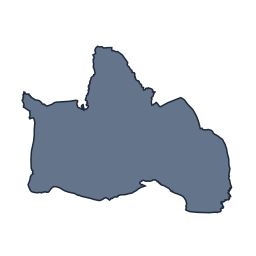 outline of Bang Krathum, Phitsanulok, Thailand, rotated 4°
{"feature_id": "78962969B64278922015209", "entity_name": "Bang Krathum", "entity_type": "district", "adm_level": 2, "iso_a3": "THA", "parent_name": "Thailand", "parent_adm1": "Phitsanulok", "projection": "orthographic", "projection_center": [100.362, 16.614], "detail": "fine", "context": "isolated", "style": "filled", "palette": "slate", "viewbox_px": 256, "rotation_deg": 4, "n_neighbors": 0, "source": "geoboundaries", "source_scale": "gbopen_adm2", "svg_char_len": 5820}
<svg xmlns="http://www.w3.org/2000/svg" viewBox="0 0 256 256"><g transform="rotate(4 128 128)"><path d="M235.4,179.7L234.0,176.8L232.9,172.4L232.0,171.6L232.1,170.3L232.5,168.9L231.8,168.6L232.5,161.6L231.3,158.0L230.6,151.6L228.8,146.2L227.6,141.3L226.9,140.1L226.3,138.4L225.2,136.1L224.5,135.4L223.8,133.9L222.9,132.8L218.0,129.6L213.8,127.6L212.7,125.8L211.4,124.6L208.3,123.9L205.2,124.5L203.7,124.5L202.7,124.2L201.9,123.4L201.8,123.1L200.1,123.6L199.6,121.9L198.0,117.0L195.8,112.1L194.3,109.5L191.5,105.3L189.9,103.8L186.5,100.8L182.4,96.2L180.6,95.0L178.5,94.0L166.0,100.0L158.8,104.6L157.3,103.7L156.5,102.5L154.6,100.6L153.9,100.7L153.6,101.4L152.9,102.0L152.1,102.4L151.4,103.3L150.2,103.5L149.9,102.1L149.5,101.4L149.5,98.9L149.9,97.4L149.1,96.1L150.6,94.9L151.4,91.9L152.4,90.2L151.4,90.1L150.7,90.4L150.5,90.2L150.0,90.3L150.0,89.9L150.2,89.6L150.3,89.2L149.7,88.2L149.2,87.6L148.8,87.4L148.3,87.3L147.5,87.0L146.3,86.9L145.8,86.5L145.2,86.6L144.7,87.3L143.8,87.0L142.8,87.4L142.8,88.1L142.4,88.6L141.0,89.1L140.8,88.1L140.4,87.7L140.6,87.1L140.6,86.5L140.1,86.3L139.7,86.5L138.8,86.2L138.6,85.7L138.6,84.7L138.5,84.0L137.9,83.5L137.3,83.5L137.1,82.9L136.3,82.3L135.9,81.4L135.9,80.9L135.4,80.8L135.1,80.2L133.8,80.1L132.6,79.2L132.2,78.7L132.0,77.4L131.1,76.8L131.5,76.0L130.8,75.0L131.1,73.7L131.0,73.3L130.3,72.4L129.8,72.3L129.4,72.5L128.9,72.3L128.2,72.3L128.0,71.7L128.2,71.2L127.7,70.1L126.9,69.9L126.5,69.3L125.8,68.6L124.9,67.1L123.1,65.6L122.7,64.3L123.1,63.4L123.1,62.7L117.9,56.4L116.9,55.3L112.5,52.6L111.9,52.5L111.4,52.8L110.9,52.8L107.8,51.7L107.5,51.7L106.9,52.1L106.7,52.1L106.2,50.3L106.2,48.9L102.6,49.2L98.1,49.9L96.4,48.7L94.0,49.1L91.8,48.7L90.2,50.6L89.9,51.3L89.6,52.4L89.6,53.2L90.5,55.5L90.5,56.0L87.9,57.6L89.2,59.7L89.2,61.0L88.5,61.7L88.8,64.9L89.2,66.0L89.3,66.9L89.1,69.6L89.4,70.4L90.4,72.0L90.4,72.6L91.2,75.0L91.2,76.3L90.9,77.0L90.1,77.2L90.1,78.1L89.8,78.6L89.4,78.7L88.9,79.3L87.8,80.2L87.4,82.9L87.0,83.4L86.8,84.4L86.7,85.5L87.1,85.7L87.0,86.4L86.3,87.6L85.9,88.0L86.2,88.3L86.2,88.7L85.5,89.3L85.8,90.2L86.1,90.4L86.1,91.1L86.5,91.2L86.6,91.4L86.5,92.1L85.8,92.7L85.6,93.3L86.0,93.6L86.2,93.9L85.9,95.5L85.4,96.4L85.7,97.3L84.3,98.3L84.4,99.7L83.5,102.4L83.8,103.4L84.9,103.6L85.3,103.9L85.3,105.5L86.0,106.2L85.9,106.5L84.8,107.3L84.9,108.1L85.4,108.6L86.6,108.3L87.0,109.0L87.0,109.6L86.5,110.5L85.4,112.0L84.2,112.1L83.1,113.3L82.8,113.4L82.6,113.3L82.5,112.9L82.6,111.3L81.9,109.5L81.8,108.1L81.6,107.8L80.4,108.6L80.0,109.6L80.3,110.3L81.2,111.3L81.7,111.6L81.7,112.2L81.4,112.5L80.4,112.4L78.2,111.3L76.9,111.1L76.1,110.0L76.0,109.3L75.4,108.4L75.3,107.7L75.2,107.0L76.0,104.8L75.5,104.2L74.8,104.0L73.4,104.1L68.0,105.4L54.7,107.2L52.6,107.9L50.5,109.7L45.9,111.7L45.3,111.7L43.7,110.8L43.1,110.1L42.1,110.3L41.7,110.0L41.3,110.1L40.6,109.8L40.1,108.8L37.4,106.8L33.1,106.3L32.9,106.0L30.1,104.6L29.4,103.8L28.7,103.8L28.2,102.6L26.8,101.9L26.8,101.1L23.1,101.2L22.7,99.6L21.7,99.3L21.7,100.1L21.4,101.2L21.5,102.0L21.0,102.2L21.6,104.6L21.1,104.8L21.3,106.7L20.6,107.3L20.6,108.1L21.9,110.1L22.4,111.4L22.7,112.9L22.1,113.3L22.4,114.6L23.6,115.0L28.2,117.8L28.9,117.9L29.1,120.7L29.6,122.2L28.8,124.1L29.1,125.4L29.5,125.7L31.3,124.7L32.9,124.6L33.6,125.6L34.8,129.2L34.7,129.6L34.6,136.3L35.0,141.8L34.9,144.7L34.7,148.2L33.4,157.2L33.3,158.9L33.4,166.2L34.2,174.4L34.9,176.6L35.1,176.7L35.7,176.8L36.0,177.5L35.9,179.5L36.2,180.1L36.5,180.3L35.0,181.6L34.5,182.4L34.6,182.6L34.1,183.3L33.7,186.7L33.3,188.5L32.3,191.3L32.8,193.0L34.7,196.6L35.5,197.6L36.4,198.2L38.2,198.7L41.5,199.0L43.0,198.8L44.1,198.4L46.6,198.7L47.3,198.0L48.5,197.9L49.8,197.3L51.2,197.8L52.5,197.6L53.1,197.4L53.8,196.7L55.1,194.5L56.7,192.5L58.4,191.6L60.3,191.6L61.2,191.7L64.1,192.5L68.8,194.9L70.8,195.5L73.5,196.2L79.2,197.0L81.5,198.1L83.3,198.7L83.6,198.4L86.5,199.4L94.8,200.7L99.3,201.7L104.3,202.4L105.4,202.2L108.0,200.8L108.5,200.0L109.0,200.0L110.5,199.0L111.0,199.1L113.5,200.4L114.4,201.2L115.7,200.3L115.7,199.7L116.3,199.3L117.4,199.3L118.4,198.3L119.6,197.6L121.0,197.6L122.4,197.4L122.8,197.0L122.7,196.3L124.9,195.4L125.7,195.1L129.3,194.8L133.2,193.5L136.2,192.7L140.7,189.8L142.6,188.0L144.9,186.4L149.2,184.6L148.4,184.2L147.3,184.1L146.2,183.4L145.3,183.8L144.9,183.7L144.6,183.1L143.6,182.3L143.5,181.7L143.8,181.1L145.1,180.3L145.8,179.5L147.5,179.1L148.6,179.6L149.8,179.9L150.8,179.3L151.7,179.7L153.7,179.5L155.8,178.8L156.6,178.0L158.3,178.0L158.8,177.7L159.1,177.8L161.1,179.5L161.4,179.5L161.6,179.2L162.0,179.4L162.0,179.8L162.5,180.5L163.0,180.5L163.2,180.9L163.7,180.9L164.3,181.3L164.3,182.0L165.1,182.2L165.8,182.6L167.7,182.9L173.2,185.5L174.9,187.2L174.9,187.8L176.7,188.0L176.5,188.5L176.8,188.7L177.9,189.0L179.4,189.7L182.1,190.3L186.3,191.7L188.0,192.8L189.0,193.8L190.6,196.0L191.8,199.2L191.2,202.4L191.9,202.9L191.3,205.6L191.6,205.8L195.5,207.1L203.6,207.3L215.1,206.8L220.9,205.9L223.2,206.0L224.0,205.4L225.6,205.2L226.1,204.8L226.5,204.2L226.4,203.7L226.6,203.4L226.4,203.0L226.2,202.1L226.4,201.6L226.7,201.4L227.5,201.5L228.2,201.4L228.6,200.8L228.2,200.6L228.6,199.7L227.9,199.5L228.0,198.9L227.8,198.2L227.3,197.7L227.2,197.0L226.4,197.0L226.1,196.8L226.1,196.4L226.5,196.1L226.6,195.9L226.3,195.6L226.1,195.8L226.0,195.4L227.0,194.9L228.0,195.3L228.4,194.7L229.1,194.6L229.5,194.0L229.8,193.8L229.7,193.1L229.9,192.9L230.1,192.9L230.2,193.4L230.4,193.5L232.1,192.5L233.4,192.6L234.3,191.4L234.2,191.0L233.6,190.8L233.5,190.4L233.7,189.9L234.1,189.5L235.2,189.3L234.7,187.9L234.3,187.6L233.7,187.7L233.8,187.0L233.6,186.6L232.6,186.5L232.3,185.8L232.7,185.2L233.5,184.6L233.4,184.0L233.1,183.7L232.7,183.6L232.6,183.4L233.3,183.4L233.5,182.8L234.2,182.7L234.3,181.9L234.9,181.3L234.9,181.1L234.5,181.0L233.8,181.3L233.8,180.9L234.2,180.5L235.4,180.2L235.4,179.7Z" fill="#64748b" stroke="#1e293b" stroke-width="1.5"/></g></svg>